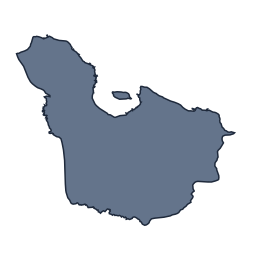 Kota Baubau, Sulawesi Tenggara, Indonesia, rotated 86°
{"feature_id": "22746128B66779214231616", "entity_name": "Kota Baubau", "entity_type": "district", "adm_level": 2, "iso_a3": "IDN", "parent_name": "Indonesia", "parent_adm1": "Sulawesi Tenggara", "projection": "albers", "projection_center": [122.657, -5.423], "detail": "fine", "context": "isolated", "style": "filled", "palette": "slate", "viewbox_px": 256, "rotation_deg": 86, "n_neighbors": 0, "source": "geoboundaries", "source_scale": "gbopen_adm2", "svg_char_len": 5857}
<svg xmlns="http://www.w3.org/2000/svg" viewBox="0 0 256 256"><g transform="rotate(86 128 128)"><path d="M149.5,33.8L147.4,34.8L145.4,35.0L143.5,34.5L142.6,33.7L141.9,31.6L142.0,26.7L141.1,23.1L140.2,22.0L139.0,25.3L139.3,26.8L139.0,28.5L137.6,30.3L137.0,31.7L135.2,32.6L133.6,34.1L130.1,34.9L129.1,35.8L126.9,36.0L126.3,35.7L124.7,35.7L123.0,36.3L121.6,36.2L120.5,36.9L119.2,38.7L118.5,40.1L118.0,42.3L115.9,45.8L116.2,48.3L115.6,50.0L115.4,52.7L113.8,54.3L113.8,54.9L112.4,57.2L112.7,58.4L115.2,59.8L115.7,60.6L115.8,61.5L115.2,64.7L115.2,66.1L114.8,67.1L113.1,69.8L111.3,71.9L108.8,73.9L107.3,76.2L105.6,79.7L104.1,83.6L100.3,90.6L99.5,91.2L98.0,94.7L96.3,96.8L95.6,97.3L95.6,97.6L94.1,100.2L90.3,104.0L88.7,106.2L88.4,108.8L87.6,110.8L87.4,112.2L87.7,112.4L88.2,112.5L88.4,112.8L90.4,112.5L91.8,113.2L94.2,113.3L94.7,113.6L96.0,114.8L94.9,116.5L95.1,116.6L96.1,114.9L96.8,115.6L98.1,115.1L98.8,114.2L100.7,114.3L102.9,113.7L103.1,113.1L103.7,113.8L105.0,114.0L106.3,115.2L107.2,116.8L107.8,117.0L108.0,117.4L108.3,117.8L107.9,118.2L108.1,118.5L108.7,118.9L110.0,120.4L110.2,121.3L109.4,122.0L109.3,122.5L110.6,122.5L110.3,122.8L111.6,124.8L112.3,126.5L112.7,127.0L113.6,127.4L113.9,128.1L112.2,129.5L114.1,128.2L115.0,129.1L115.1,135.0L116.4,139.5L116.5,140.3L116.1,141.3L113.7,144.6L113.2,146.9L111.9,147.7L106.6,154.9L103.5,158.0L101.7,159.3L95.8,161.6L93.1,161.3L90.3,160.2L90.4,159.8L90.1,159.8L88.8,160.1L88.5,159.9L87.7,160.1L85.2,160.0L85.3,159.4L84.9,159.3L84.9,158.5L84.5,158.3L84.5,158.6L84.9,158.7L84.7,159.3L83.3,159.3L82.6,158.8L82.7,158.4L80.7,157.3L80.2,157.3L80.2,156.3L81.0,156.2L79.5,156.1L79.4,157.2L78.5,157.1L78.5,156.2L78.3,156.2L78.1,157.4L77.8,157.0L76.5,156.7L75.9,156.2L74.6,156.3L74.0,155.0L73.5,155.2L74.4,156.9L74.0,157.1L73.9,158.1L73.6,158.3L73.2,158.3L72.5,156.7L71.6,157.1L68.8,157.4L67.9,156.9L65.9,157.6L65.5,157.4L65.8,158.1L65.5,158.3L65.2,157.9L65.2,158.4L64.8,158.0L65.5,157.4L64.5,157.7L64.1,158.3L64.8,158.8L64.0,158.7L63.5,158.9L62.4,161.0L62.3,160.4L62.2,161.2L61.5,162.2L61.1,161.7L61.5,161.3L61.3,161.1L60.8,161.6L61.4,162.5L60.6,164.6L59.7,166.5L58.9,167.0L58.0,168.4L54.3,170.4L53.0,171.6L51.6,172.2L51.3,171.6L51.0,171.9L51.5,172.2L48.8,174.1L46.3,177.4L45.7,176.8L45.5,177.0L46.1,177.6L45.1,178.6L44.6,178.6L43.9,178.2L43.6,178.3L42.7,179.0L40.6,179.8L38.4,181.6L37.2,183.1L36.8,184.5L35.8,190.6L34.1,195.3L33.8,196.0L32.6,197.2L31.0,199.9L31.6,201.6L29.8,202.0L29.9,202.5L31.8,201.7L32.8,204.7L33.0,205.8L32.4,205.8L32.5,206.0L33.0,205.9L33.0,206.3L32.0,207.7L30.8,210.5L30.2,212.8L30.5,213.6L30.3,215.7L30.9,216.5L36.2,218.4L37.5,219.2L39.7,219.8L42.7,222.8L44.0,225.9L44.9,229.6L45.9,231.7L45.8,232.8L46.1,234.0L49.4,233.1L52.1,232.1L59.2,227.8L70.5,224.2L75.0,222.1L77.2,220.3L79.8,217.5L81.5,215.3L83.1,211.7L84.3,209.7L85.2,208.9L87.5,207.7L90.1,203.7L91.3,203.7L90.5,206.7L91.1,209.3L92.0,208.7L92.4,207.8L93.0,207.4L94.8,207.5L96.2,207.2L97.8,208.0L98.5,207.5L99.5,207.5L100.0,208.1L99.2,209.6L100.2,209.3L101.1,210.2L101.2,211.1L101.7,211.2L102.4,210.8L102.8,211.4L103.4,211.2L104.9,210.0L105.3,210.3L105.3,210.8L105.2,211.3L104.6,211.6L104.6,212.0L105.5,212.2L105.8,212.1L105.9,210.8L106.6,210.3L108.8,211.6L109.1,211.5L109.3,211.2L108.2,210.5L109.6,210.3L109.8,209.5L109.6,208.5L109.9,208.0L112.1,209.4L112.3,208.1L113.2,207.8L113.4,208.0L113.5,208.9L113.7,209.0L114.8,208.7L116.7,207.6L119.6,207.2L121.3,206.4L122.4,206.4L123.7,205.2L125.0,204.8L125.6,204.9L126.1,205.7L126.4,206.9L127.4,207.1L127.9,206.4L128.0,205.7L127.7,204.1L128.2,203.8L128.4,202.9L129.0,202.8L129.3,203.0L129.6,202.7L131.7,199.7L132.3,197.4L134.1,195.6L138.1,194.8L145.4,193.9L155.8,193.5L179.5,194.4L185.9,194.4L187.9,194.2L193.4,192.9L195.9,191.2L198.6,190.2L199.3,189.7L199.9,188.6L200.1,187.9L199.9,185.2L199.1,183.9L199.5,183.2L201.3,182.0L201.2,180.7L201.6,180.4L201.7,179.9L201.3,179.2L201.6,178.5L201.1,177.0L201.0,176.2L201.9,175.8L201.6,175.3L201.8,174.8L203.9,173.5L204.4,173.5L204.6,173.3L204.6,168.9L204.2,168.3L204.9,167.4L205.6,167.6L206.8,165.5L207.8,164.6L207.8,163.6L209.5,163.5L210.2,162.1L211.1,161.4L209.6,159.7L208.9,158.2L209.8,156.8L207.5,154.4L207.4,153.7L208.1,152.7L207.9,152.0L208.2,151.5L208.6,151.4L209.3,151.9L209.8,151.6L211.0,152.7L212.2,152.6L212.8,151.0L213.9,149.4L213.3,148.8L213.4,148.0L213.6,147.6L214.3,147.2L214.2,146.0L214.9,143.9L214.6,142.6L215.3,141.4L216.3,140.8L215.9,140.3L215.8,139.5L216.3,138.8L217.1,138.2L217.2,137.8L216.7,136.7L217.6,135.9L218.2,135.8L218.7,136.3L219.0,136.2L218.5,134.2L219.3,133.1L219.3,132.5L218.5,130.1L217.8,129.9L217.3,129.1L217.2,127.6L218.2,125.8L219.5,124.5L219.9,123.5L221.1,122.6L222.1,122.6L222.8,121.2L224.5,120.6L225.1,120.0L226.2,118.1L225.9,116.4L225.0,114.8L224.1,113.7L222.2,112.8L220.3,111.0L220.2,110.6L219.8,107.5L219.5,98.4L218.6,91.9L217.7,89.8L217.3,86.9L216.7,84.8L215.9,83.3L213.4,81.3L212.9,79.4L212.6,78.8L211.4,77.8L210.1,75.6L208.3,74.0L206.5,70.4L204.9,70.7L202.1,68.4L201.0,67.9L200.4,68.0L198.3,69.5L196.6,68.0L195.6,66.4L195.3,66.4L193.4,67.3L189.5,67.4L188.4,66.7L186.9,65.1L186.3,63.8L186.1,62.1L187.4,52.2L187.7,48.5L186.9,44.5L186.1,41.9L185.6,41.2L183.8,40.8L181.8,40.8L176.0,42.4L174.6,42.4L172.5,43.8L171.8,44.0L169.3,43.7L168.5,43.4L166.3,41.5L164.6,41.0L163.3,40.2L157.8,40.4L156.5,39.6L154.6,37.4L149.5,33.8ZM80.1,156.3L80.0,157.2L79.6,157.2L79.6,156.3L80.1,156.3ZM98.3,126.1L99.2,123.1L98.9,122.7L97.2,124.1L96.7,124.4L95.4,124.4L93.9,125.1L92.6,126.9L92.2,128.3L92.2,130.2L91.6,132.3L91.1,136.3L91.3,139.4L90.9,140.6L91.3,141.1L92.0,141.1L93.6,140.1L94.8,140.1L95.7,139.5L96.0,139.7L95.8,139.5L96.9,137.8L98.7,134.4L98.8,128.3L98.7,127.1L98.3,126.1ZM113.3,62.6L114.2,61.4L114.0,60.9L113.6,61.0L113.1,62.0L113.0,62.5L113.3,62.6ZM114.9,48.0L115.0,47.4L114.6,47.2L114.6,47.7L114.9,48.0ZM113.8,60.7L114.0,60.0L113.8,59.5L113.7,59.5L113.8,60.7Z" fill="#64748b" stroke="#1e293b" stroke-width="1.5"/></g></svg>